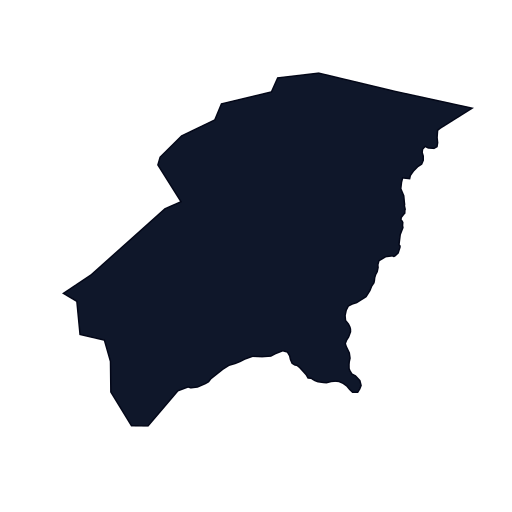 Johnson, Tennessee, United States of America (Albers equal-area conic projection), rotated 12°
{"feature_id": "52423323B99720105467999", "entity_name": "Johnson", "entity_type": "district", "adm_level": 2, "iso_a3": "USA", "parent_name": "United States of America", "parent_adm1": "Tennessee", "projection": "albers", "projection_center": [-81.77, 36.438], "detail": "fine", "context": "isolated", "style": "filled", "palette": "ink", "viewbox_px": 512, "rotation_deg": 12, "n_neighbors": 0, "source": "geoboundaries", "source_scale": "gbopen_adm2", "svg_char_len": 1888}
<svg xmlns="http://www.w3.org/2000/svg" viewBox="0 0 512 512"><g transform="rotate(12 256 256)"><path d="M185.7,444.6L198.8,420.4L207.6,404.1L216.8,398.2L219.6,398.5L226.0,396.3L232.9,391.4L235.7,388.9L237.3,385.5L247.2,373.5L252.3,368.5L257.9,365.5L262.5,362.4L266.4,359.2L273.5,354.8L282.9,353.2L291.3,350.8L295.4,347.4L301.9,343.1L306.7,343.4L309.7,346.7L311.2,350.0L313.6,353.4L316.6,354.5L319.0,354.5L321.9,356.0L329.8,361.7L332.3,364.5L335.6,364.1L337.1,364.8L339.5,365.6L342.6,366.1L348.4,365.7L351.3,365.3L355.7,363.1L359.7,361.9L363.2,361.5L367.6,362.4L371.9,364.3L375.3,367.0L378.8,369.2L383.8,368.1L385.1,364.5L385.7,360.8L383.5,356.3L378.2,352.6L374.3,351.5L371.6,348.6L370.4,346.7L369.5,342.6L369.2,340.1L369.2,336.4L367.4,331.4L363.0,325.7L361.5,323.1L362.1,319.4L363.4,316.0L364.2,310.5L363.6,307.9L362.7,306.1L360.6,303.4L357.0,300.5L355.5,295.7L355.5,290.2L356.7,285.7L360.2,282.9L364.1,280.7L372.1,272.9L374.6,266.1L375.4,261.4L376.9,257.7L376.9,255.4L376.6,252.5L376.9,249.2L377.8,246.2L377.8,241.9L377.0,239.3L377.2,235.1L383.0,229.7L389.3,227.5L390.9,227.8L392.0,226.9L394.4,223.5L395.0,217.6L394.8,216.3L393.5,215.2L392.6,205.1L393.8,197.7L393.0,195.7L392.6,192.7L391.7,191.5L390.3,190.7L390.0,188.0L390.3,187.6L392.0,184.1L392.6,183.2L392.1,180.3L392.2,179.3L390.7,176.0L390.6,174.5L390.1,173.1L389.7,171.9L388.0,166.4L383.6,160.1L383.0,153.5L383.2,149.1L390.2,148.4L390.2,145.2L392.3,140.2L395.6,135.0L398.9,131.7L399.7,127.6L398.8,123.5L397.0,120.2L396.7,116.9L398.7,113.6L402.0,114.5L407.7,113.7L410.3,111.4L410.1,107.4L408.5,102.5L407.5,95.3L409.8,92.5L436.6,66.5L357.8,66.1L279.3,64.1L240.2,77.3L237.0,92.3L190.6,114.4L187.4,131.5L158.3,154.0L141.7,179.3L141.1,187.3L171.4,218.5L157.2,228.7L98.7,308.7L75.4,332.6L90.2,337.6L100.2,369.3L125.2,369.8L135.6,389.4L142.3,419.2L169.5,447.9L185.7,444.6Z" fill="#0f172a" stroke="#020617" stroke-width="1.5"/></g></svg>